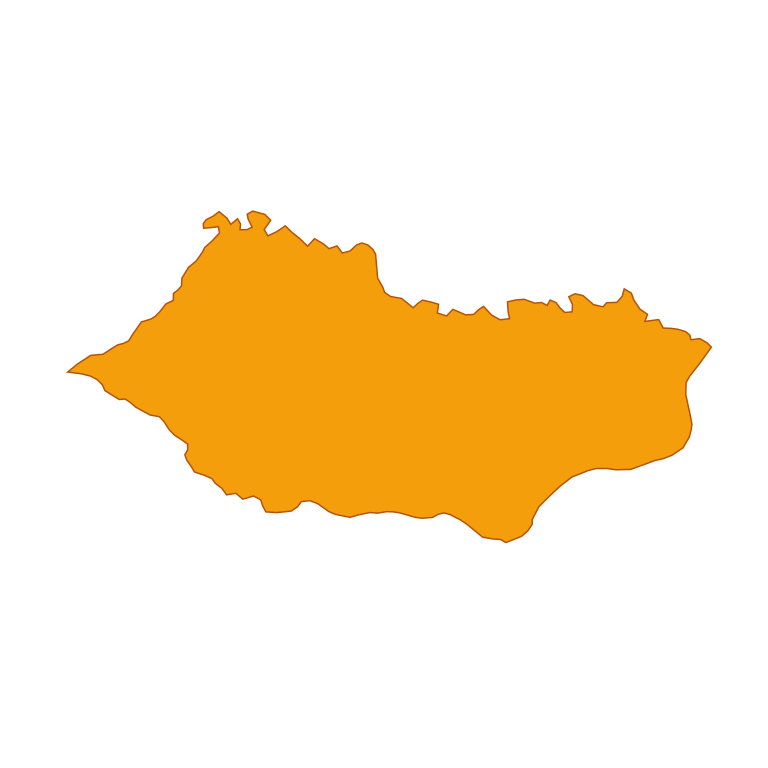 the district of Alvorada do Sul, Paraná, Brazil, rotated 105°
{"feature_id": "56859067B67117071353938", "entity_name": "Alvorada do Sul", "entity_type": "district", "adm_level": 2, "iso_a3": "BRA", "parent_name": "Brazil", "parent_adm1": "Paraná", "projection": "equal_earth", "projection_center": [-51.267, -22.816], "detail": "fine", "context": "isolated", "style": "filled", "palette": "amber", "viewbox_px": 768, "rotation_deg": 105, "n_neighbors": 0, "source": "geoboundaries", "source_scale": "gbopen_adm2", "svg_char_len": 2711}
<svg xmlns="http://www.w3.org/2000/svg" viewBox="0 0 768 768"><g transform="rotate(105 384 384)"><path d="M445.8,192.9L437.0,187.4L425.1,178.3L414.5,164.0L410.6,157.0L407.9,146.5L406.8,137.8L402.7,123.7L387.9,102.7L383.6,94.6L378.1,87.2L368.2,78.6L362.3,77.1L356.6,75.4L349.2,75.4L343.3,76.1L335.1,80.0L316.3,89.7L304.5,92.6L297.2,90.7L282.7,84.5L263.7,77.3L260.6,82.6L258.4,90.7L261.8,99.0L257.6,101.3L255.3,106.5L255.1,114.6L256.0,121.3L257.7,128.8L250.7,135.3L253.6,142.4L256.0,148.2L248.5,147.5L245.4,156.2L238.2,164.4L232.2,168.6L229.9,176.6L237.6,176.6L244.9,180.2L247.8,189.9L252.8,192.5L253.1,202.2L247.1,214.6L247.4,222.9L251.9,228.1L258.4,222.5L265.6,221.0L268.1,227.8L265.2,233.4L260.8,239.0L259.9,245.2L265.9,246.8L264.5,253.0L266.9,259.2L265.9,270.5L268.8,278.6L272.7,286.0L282.4,282.7L288.4,279.6L291.9,288.5L289.6,297.9L283.3,307.9L287.4,311.6L293.5,315.4L296.1,322.8L294.1,336.8L302.1,341.2L301.6,350.9L292.9,351.9L292.7,359.3L293.0,368.4L297.0,371.9L302.8,375.6L296.8,389.1L297.8,400.2L295.3,407.2L291.2,409.9L287.2,413.8L283.5,417.5L260.9,425.7L257.2,429.2L253.9,435.4L253.5,441.8L256.7,446.4L264.3,451.2L268.3,458.2L262.8,465.1L267.5,472.2L264.5,478.4L261.6,488.7L270.7,493.5L265.5,502.8L261.4,512.0L256.8,520.3L264.5,526.9L271.0,534.5L265.8,539.7L255.2,535.8L251.0,543.0L251.0,555.6L255.4,560.1L260.0,557.8L266.7,552.0L270.3,556.2L272.3,563.0L266.6,564.0L262.3,568.2L269.5,573.3L264.5,578.5L260.2,587.9L266.3,592.7L271.3,598.3L275.6,600.1L280.2,598.6L277.8,591.7L274.9,584.7L280.7,582.0L290.6,587.2L298.5,592.5L303.4,593.5L308.9,595.4L313.7,597.2L321.9,603.0L333.9,606.6L341.7,605.0L346.9,607.6L350.9,610.8L357.8,609.2L363.1,615.4L372.3,619.3L377.8,622.4L381.7,626.1L386.8,634.4L394.0,637.0L400.2,639.3L408.4,641.8L412.3,646.3L415.1,651.3L420.0,656.0L428.0,663.1L432.3,674.8L444.3,685.5L454.3,692.6L452.5,679.0L452.3,669.6L454.0,662.2L457.6,655.8L462.6,651.9L467.5,635.8L465.5,630.2L467.7,623.7L470.6,617.9L472.5,610.2L474.5,601.8L473.7,592.5L477.3,586.7L484.1,579.2L487.7,572.9L490.6,564.0L492.8,558.2L498.5,556.6L503.9,558.1L508.5,554.9L514.0,548.4L518.1,544.2L518.6,534.3L519.9,525.8L523.6,521.3L526.8,513.5L531.8,507.3L527.9,498.8L531.8,490.6L525.9,480.9L527.8,473.1L533.6,469.3L538.1,465.0L536.0,454.4L533.3,447.3L530.7,440.6L524.9,435.7L519.0,433.4L515.9,425.6L516.7,417.2L521.5,404.3L522.5,397.3L521.6,382.3L516.9,374.6L511.8,364.3L510.4,356.8L506.6,348.4L505.1,342.0L504.4,335.8L504.7,318.9L503.7,312.2L500.3,302.5L496.0,298.2L493.0,292.8L493.0,286.6L495.5,274.9L497.9,267.9L506.4,249.1L505.6,239.4L504.0,231.0L505.6,225.2L499.6,217.1L495.5,211.7L488.5,207.0L481.0,204.5L476.7,205.8L462.4,202.6L451.6,196.4L445.8,192.9Z" fill="#f59e0b" stroke="#b45309" stroke-width="1.5"/></g></svg>